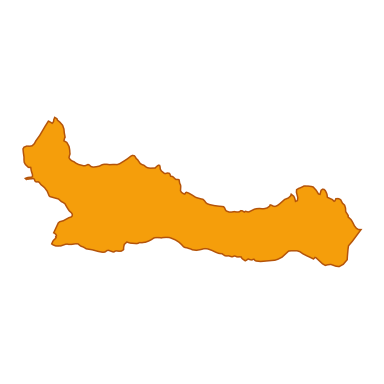 Bolvasnita, Caras-Severin, Romania (Equal Earth projection)
{"feature_id": "2599482B91708216111276", "entity_name": "Bolvasnita", "entity_type": "district", "adm_level": 2, "iso_a3": "ROU", "parent_name": "Romania", "parent_adm1": "Caras-Severin", "projection": "equal_earth", "projection_center": [22.399, 45.326], "detail": "fine", "context": "isolated", "style": "filled", "palette": "amber", "viewbox_px": 384, "rotation_deg": 0, "n_neighbors": 0, "source": "geoboundaries", "source_scale": "gbopen_adm2", "svg_char_len": 5965}
<svg xmlns="http://www.w3.org/2000/svg" viewBox="0 0 384 384"><path d="M335.9,266.2L339.1,266.6L343.3,264.3L347.2,259.7L347.4,256.2L347.7,252.7L348.0,249.3L348.5,245.8L352.4,241.2L361.0,229.6L358.3,229.5L356.3,228.2L354.4,225.8L353.6,224.2L352.8,222.6L351.9,221.0L350.9,219.5L348.1,216.9L348.2,215.5L345.7,211.6L345.5,208.1L344.6,205.2L342.4,203.1L340.7,199.8L340.2,199.5L339.7,199.2L339.1,198.9L338.5,198.7L338.0,198.6L335.9,198.7L335.0,200.8L334.1,201.3L332.4,199.6L327.4,197.3L327.2,196.1L327.1,195.0L326.8,193.9L326.4,192.8L325.3,190.6L324.0,189.4L322.6,189.2L321.1,190.3L320.0,194.4L318.5,194.0L316.2,190.3L313.2,187.0L311.4,186.5L308.3,186.1L304.0,186.0L302.7,186.7L301.4,187.3L300.1,187.9L298.7,188.4L296.6,189.7L296.4,192.2L297.8,197.7L297.4,200.6L295.5,201.4L295.2,200.1L294.8,198.7L294.4,197.5L293.7,196.2L291.2,194.2L290.7,195.8L288.5,197.9L284.6,199.5L279.6,203.9L277.4,205.5L275.6,206.3L274.2,206.4L273.5,206.2L272.9,206.0L272.3,205.7L271.7,205.3L270.2,204.9L269.6,206.2L267.2,207.9L266.1,208.2L265.0,208.5L263.9,208.7L262.7,208.8L260.5,208.6L259.6,208.5L257.7,208.6L256.6,208.7L254.4,209.2L249.3,211.7L248.1,212.0L245.4,211.3L244.4,212.1L242.2,210.8L240.8,210.7L240.4,211.0L240.0,211.3L239.6,211.6L239.0,211.9L238.8,211.9L237.7,212.0L236.9,212.0L236.0,211.9L235.2,211.8L234.4,211.6L231.3,212.1L229.3,212.1L226.4,211.0L225.5,210.0L224.6,207.9L223.6,206.7L221.3,206.4L218.9,206.2L214.3,205.6L209.6,204.6L207.2,203.7L205.8,202.6L205.2,201.7L204.5,200.8L203.7,200.0L202.9,199.3L201.0,198.9L199.2,198.4L197.4,197.9L195.6,197.3L192.2,195.1L188.7,193.1L186.4,192.3L185.5,192.8L185.4,193.2L185.2,193.5L185.0,193.9L184.6,194.1L183.2,193.5L182.4,193.0L182.1,192.8L181.5,192.3L181.1,191.8L180.8,191.3L180.5,190.7L180.7,187.0L180.7,186.1L180.6,185.4L180.4,184.7L180.1,184.1L179.7,183.4L179.1,179.9L178.2,179.5L175.7,179.4L173.2,177.0L172.4,176.5L170.6,176.2L170.0,174.3L169.4,173.4L167.6,173.0L165.2,173.6L164.4,173.4L161.3,170.9L160.3,169.1L160.0,166.6L159.6,165.4L158.5,165.2L157.5,165.8L156.7,166.5L155.9,167.2L155.2,168.0L150.2,168.2L149.6,168.1L148.4,167.9L147.8,167.8L147.1,167.5L146.5,167.3L143.8,165.2L142.2,164.7L140.2,163.5L137.5,159.6L136.1,158.5L135.8,157.7L135.4,157.1L134.9,156.4L134.4,155.8L132.5,155.4L130.8,156.2L129.4,157.3L127.3,158.9L124.7,160.6L119.7,163.7L117.2,164.6L115.0,164.5L112.8,164.5L111.2,164.6L109.6,164.7L108.3,164.5L107.0,164.3L105.6,164.3L104.1,164.3L102.2,164.7L99.4,166.1L97.9,166.4L96.5,166.7L95.0,166.9L93.5,167.1L92.7,167.0L92.0,166.8L91.3,166.6L90.7,166.3L89.3,165.0L88.0,164.5L85.3,165.7L83.7,165.8L78.6,164.5L75.8,163.1L73.8,161.6L72.8,161.3L71.9,160.8L71.0,160.2L70.4,159.7L70.0,159.2L69.6,158.7L69.3,158.2L69.0,157.7L69.2,156.7L69.4,155.8L69.7,154.9L70.0,154.0L69.8,152.1L69.7,150.2L69.4,148.3L69.0,146.4L67.1,142.9L66.6,142.3L63.9,140.8L64.8,137.3L65.0,137.3L65.0,136.7L64.3,133.0L63.9,129.0L62.6,125.3L60.0,122.3L57.5,120.2L56.9,118.7L54.7,117.4L53.7,120.0L53.7,121.1L53.2,122.2L52.2,123.3L49.3,121.5L48.4,121.1L45.3,126.0L39.7,135.5L35.8,140.9L34.4,143.6L32.1,145.8L29.8,146.2L26.7,146.1L24.0,147.2L23.0,148.9L23.2,151.0L23.4,153.0L23.7,155.0L24.0,157.0L24.0,158.4L24.0,159.8L24.1,161.1L24.3,162.5L25.5,164.6L28.3,167.3L29.2,167.5L29.6,167.4L30.0,167.3L30.7,167.4L31.2,170.4L31.5,171.5L31.9,172.9L32.4,174.3L32.5,175.7L32.4,176.6L31.6,177.2L28.6,177.4L27.9,177.5L26.6,177.9L25.3,178.4L26.1,179.2L26.2,178.9L27.1,179.1L27.8,179.2L29.7,178.9L31.1,178.8L31.8,178.8L33.3,178.5L34.4,179.3L34.6,180.0L34.8,180.6L35.2,181.3L35.4,181.5L36.0,181.8L36.7,181.9L37.4,181.9L38.1,181.7L39.3,182.5L41.0,184.7L42.9,186.2L44.6,187.7L47.2,191.2L49.1,195.8L50.0,196.6L58.5,199.0L61.4,201.6L62.4,202.1L63.4,202.6L64.3,203.3L65.1,203.9L65.8,205.3L66.6,206.7L67.4,208.0L68.2,209.3L69.3,210.9L71.5,212.9L72.3,214.3L72.2,215.9L71.3,216.9L68.9,217.7L63.4,220.7L59.8,221.7L58.3,222.9L53.7,232.8L54.3,233.1L54.9,233.5L55.4,234.0L55.9,234.4L56.5,235.8L55.7,236.6L55.9,237.1L56.1,237.7L55.5,238.1L54.9,239.1L54.2,239.6L53.3,240.6L52.7,241.6L51.7,243.9L53.1,244.9L55.6,245.9L57.4,246.0L60.8,245.9L65.7,244.2L67.4,244.1L68.6,244.4L71.4,244.4L75.4,243.8L75.8,243.8L76.2,243.9L76.5,243.8L76.9,243.7L78.2,244.0L78.9,244.6L79.6,245.2L80.4,245.8L81.2,246.3L82.5,246.7L83.8,247.3L85.0,248.0L86.2,248.8L92.3,249.8L98.1,251.4L102.3,252.2L104.0,252.2L105.4,251.8L106.8,250.6L108.5,250.3L113.0,251.9L114.0,251.9L114.5,251.5L115.1,251.2L115.7,251.0L116.3,250.9L116.7,250.9L117.9,251.1L119.1,251.2L120.2,251.2L121.3,251.1L123.0,250.1L123.6,249.5L123.6,248.2L123.7,246.9L124.0,245.6L124.3,244.4L126.9,242.0L127.7,242.3L128.5,242.6L130.3,243.1L136.5,243.6L137.3,243.5L138.0,243.3L138.7,243.0L139.3,242.6L142.0,242.7L143.7,242.4L145.5,242.2L148.7,241.0L150.5,240.1L151.6,239.5L153.7,238.1L155.0,237.7L156.7,237.6L157.9,237.6L160.1,237.7L161.3,237.9L162.7,237.6L164.1,237.5L165.6,237.4L167.0,237.4L169.0,237.5L170.3,237.8L175.4,239.9L179.0,242.2L180.2,243.3L181.4,244.4L182.5,245.6L183.6,246.8L184.8,247.4L185.0,247.5L186.2,247.7L187.4,247.9L188.0,248.2L188.6,248.4L189.3,248.6L190.5,248.9L192.4,249.8L196.4,250.3L198.2,250.0L200.0,249.7L201.8,249.3L203.5,248.8L204.7,248.7L205.8,248.7L206.9,248.8L208.1,249.0L212.2,250.5L213.8,251.3L215.5,252.1L217.2,252.8L218.9,253.4L222.3,253.8L222.9,254.4L223.7,254.9L224.4,255.4L225.2,255.8L226.2,255.9L227.3,255.9L228.7,255.8L231.4,256.7L232.6,256.7L234.3,256.0L235.0,256.1L235.6,256.3L236.2,256.5L236.7,256.8L237.4,256.9L238.1,256.9L238.8,256.9L239.5,256.8L241.2,257.0L241.4,257.5L241.7,258.0L242.0,258.4L242.4,258.8L242.9,259.2L245.2,260.8L245.8,260.5L246.4,260.2L247.0,259.8L247.5,259.3L248.5,259.0L249.2,259.4L249.9,259.6L250.7,259.8L251.5,259.9L252.0,259.9L253.2,259.3L254.1,259.3L254.9,260.4L256.1,261.0L260.6,261.5L274.9,260.2L278.0,259.2L282.1,257.1L288.6,251.1L291.0,250.8L297.1,250.8L299.9,251.7L302.9,253.8L307.0,255.9L308.6,256.6L310.3,257.4L311.9,258.2L313.5,259.0L315.0,257.4L316.2,257.9L322.5,263.8L325.3,265.4L327.5,264.8L330.8,264.4L335.9,266.2Z" fill="#f59e0b" stroke="#b45309" stroke-width="1.5"/></svg>